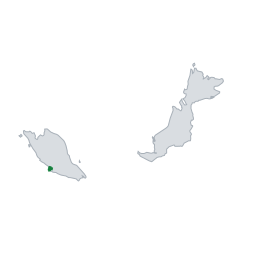 Klang, Selangor, Malaysia shown in context, rotated 341°
{"feature_id": "92858781B44508451464311", "entity_name": "Klang", "entity_type": "district", "adm_level": 2, "iso_a3": "MYS", "parent_name": "Malaysia", "parent_adm1": "Selangor", "projection": "robinson", "projection_center": [101.362, 3.039], "detail": "fine", "context": "in_parent", "style": "filled", "palette": "green", "viewbox_px": 256, "rotation_deg": 341, "n_neighbors": 0, "source": "geoboundaries", "source_scale": "gbopen_adm2", "svg_char_len": 5252}
<svg xmlns="http://www.w3.org/2000/svg" viewBox="0 0 256 256"><g transform="rotate(341 128 128)"><path d="M215.5,127.2L214.2,126.9L212.3,125.7L210.4,125.2L204.9,125.2L204.1,124.8L203.0,125.5L201.1,124.9L200.0,125.0L198.8,125.8L197.0,125.1L196.2,126.2L195.1,126.9L193.9,130.1L193.7,133.8L193.9,136.1L193.3,137.3L193.1,139.9L192.7,141.1L191.2,141.6L190.5,141.2L189.1,142.8L188.8,143.4L188.7,146.0L189.8,146.8L189.8,147.3L187.5,149.4L185.6,150.6L185.3,151.7L186.0,153.9L185.7,155.0L184.7,155.5L183.9,158.4L183.0,160.2L182.6,160.4L181.3,159.8L176.1,160.6L174.5,162.1L173.1,163.0L171.9,162.1L171.3,162.2L166.4,160.6L166.2,159.2L165.7,159.0L160.7,159.1L157.6,160.6L156.4,164.2L154.7,164.5L153.5,165.8L151.3,165.6L150.0,166.0L147.9,165.4L145.9,165.3L139.5,167.6L137.4,166.0L131.2,159.5L130.3,158.4L130.1,156.4L129.4,156.1L129.1,155.6L129.0,155.0L130.0,153.4L131.0,155.4L132.6,156.6L135.2,157.4L137.8,157.1L141.3,159.2L142.4,159.6L143.7,159.4L145.9,161.0L147.2,161.1L145.4,160.0L145.1,159.1L145.3,158.2L146.4,156.9L146.6,154.9L147.5,152.9L147.7,152.0L147.0,151.3L146.9,150.1L147.4,148.4L148.5,149.3L149.5,149.1L149.5,146.0L150.3,144.6L151.5,143.7L163.5,140.6L165.4,139.9L166.8,139.0L171.1,132.5L176.2,126.3L176.9,124.2L176.8,122.6L177.1,122.3L177.7,122.1L178.8,122.9L179.4,123.5L180.5,126.1L181.5,126.2L183.2,128.7L183.6,129.0L184.1,128.8L185.4,127.2L185.7,126.1L185.4,125.9L186.0,124.5L185.5,123.6L185.0,120.5L188.0,118.3L188.0,120.9L188.9,124.5L190.4,125.1L191.2,124.8L190.8,123.7L190.6,121.6L190.2,120.1L189.3,118.3L191.8,117.9L193.7,116.0L194.0,114.7L192.7,114.0L192.2,113.1L192.2,112.1L194.2,109.7L194.4,110.4L195.7,110.6L196.3,110.6L197.1,109.6L197.6,108.3L199.1,106.3L199.9,103.3L203.7,98.5L206.6,92.8L207.3,93.3L207.5,94.8L206.8,97.5L208.2,96.9L210.4,93.1L211.8,93.7L211.7,94.7L212.2,96.6L216.1,99.1L216.6,101.6L215.8,102.5L216.1,104.9L215.8,105.6L214.6,106.3L218.0,105.6L219.9,104.2L221.2,106.6L219.2,107.5L219.7,108.5L221.5,107.9L222.6,107.1L223.7,107.3L225.5,108.2L226.0,108.7L226.4,109.9L227.6,110.3L230.3,111.9L232.7,111.8L233.5,112.6L233.5,114.7L232.2,115.9L227.3,117.5L226.0,117.5L224.1,116.9L222.8,117.2L222.0,119.2L223.5,121.1L226.1,123.2L226.5,123.7L226.0,124.7L220.2,126.2L218.9,126.1L216.8,125.1L215.5,127.2ZM27.6,99.5L28.2,96.7L29.1,96.6L30.0,98.2L33.1,99.4L34.0,99.0L34.4,99.3L34.8,99.7L35.7,101.9L37.6,101.9L37.9,105.4L37.0,106.8L36.9,107.7L38.3,109.3L39.1,108.9L39.8,107.5L43.0,106.0L44.4,107.6L45.6,107.6L46.5,107.0L47.1,105.2L48.4,103.7L48.9,101.9L50.8,102.4L51.5,102.8L53.6,106.6L56.3,109.2L58.4,110.7L59.6,112.1L63.1,118.9L63.5,121.1L63.6,124.5L63.1,129.6L62.5,132.1L62.6,133.3L63.5,135.2L63.2,136.9L63.3,142.3L64.4,144.3L67.3,146.6L71.7,157.1L72.5,160.0L72.1,161.2L71.3,161.5L70.6,160.9L70.2,159.4L69.2,158.3L69.3,160.4L67.4,160.1L66.1,160.4L64.5,161.8L63.8,161.9L62.4,159.2L57.5,156.2L55.7,155.5L53.7,153.2L49.4,150.7L46.6,148.2L45.5,146.7L42.7,145.4L41.4,143.8L40.2,142.9L40.9,141.4L40.3,138.4L38.3,135.7L37.3,133.9L35.5,132.0L34.0,129.7L34.9,129.0L33.4,126.5L32.9,124.7L32.9,121.3L31.4,116.6L30.1,109.9L30.3,107.6L30.0,105.1L27.6,99.5ZM210.6,90.6L209.9,91.3L209.7,89.5L210.6,88.6L211.9,88.4L211.9,90.0L211.6,90.4L210.6,90.6ZM24.7,99.2L25.4,100.5L24.9,101.3L24.4,101.1L23.5,101.7L22.6,100.4L22.5,99.8L23.6,99.9L24.7,99.2ZM149.0,148.6L148.6,148.8L148.1,148.4L148.0,144.7L148.3,144.3L148.8,145.1L149.0,148.6ZM29.9,112.1L29.1,113.8L28.4,113.7L28.5,111.6L28.9,111.4L29.9,112.1ZM218.8,127.0L217.3,127.3L216.3,127.2L216.4,126.3L216.9,126.1L218.8,127.0ZM71.7,144.8L70.9,144.8L70.8,144.3L71.4,143.1L71.7,144.8ZM40.5,141.6L39.9,141.9L40.0,141.1L40.4,140.7L40.5,141.6Z" fill="#d9dde1" stroke="#a8b0b8" stroke-width="1"/><path d="M40.4,139.5L40.4,139.9L40.4,140.0L40.5,140.1L40.7,140.3L40.8,140.4L40.9,140.5L40.9,140.8L40.9,141.0L40.9,141.3L41.0,141.5L41.3,141.5L41.2,141.8L41.0,142.0L41.0,142.3L40.9,142.4L40.9,142.5L41.0,142.5L41.2,142.4L41.3,142.2L41.4,141.9L41.5,141.9L41.8,141.9L41.8,142.0L41.7,142.0L41.8,142.1L42.7,142.1L43.0,141.9L43.0,142.0L43.1,141.9L43.1,141.7L43.0,141.4L42.9,141.3L43.0,141.3L43.0,141.2L43.0,141.3L43.1,141.2L42.9,141.1L42.7,141.0L42.4,141.0L42.4,140.9L42.4,141.0L42.3,140.9L42.3,140.7L42.2,140.8L42.2,140.7L42.1,140.4L41.8,140.4L41.8,140.1L42.0,140.0L41.9,139.9L42.0,139.8L42.0,139.7L41.6,139.2L41.4,139.1L41.0,139.2L41.0,139.4L40.8,139.4L40.8,139.5L40.6,139.5L40.5,139.4L40.4,139.5ZM40.0,142.4L40.2,142.2L40.3,142.0L40.3,141.9L40.3,141.7L40.5,141.6L40.7,141.4L40.7,141.2L40.7,140.9L40.7,140.7L40.4,140.7L40.3,140.8L40.3,141.0L40.2,141.0L40.1,141.3L40.1,141.5L39.9,141.7L39.9,141.8L39.9,142.0L39.9,142.5L40.0,142.5L40.0,142.4ZM40.9,141.6L40.7,141.7L40.6,141.8L40.4,141.9L40.3,142.1L40.1,142.7L40.0,142.8L40.3,142.8L40.3,142.7L40.5,142.6L40.7,142.8L40.8,142.7L40.7,142.6L40.7,142.4L40.8,142.4L40.9,142.2L41.0,142.0L41.0,141.9L41.1,141.7L41.3,141.6L41.2,141.6L40.9,141.6ZM39.4,141.4L39.6,141.4L39.8,141.3L39.9,141.2L40.0,141.1L40.0,140.9L39.9,140.8L39.7,140.8L39.6,141.0L39.4,141.1L39.4,141.3L39.4,141.4ZM40.0,141.3L40.0,141.2L39.9,141.3L39.7,141.3L39.4,141.5L39.3,141.8L39.2,141.9L39.2,142.0L39.3,142.1L39.5,141.8L39.6,141.7L39.8,141.6L39.9,141.4L40.0,141.3ZM39.8,142.6L39.8,142.3L39.8,142.1L39.8,141.9L39.7,142.0L39.5,142.3L39.6,142.5L39.8,142.6Z" fill="#22c55e" stroke="#15803d" stroke-width="1.5"/></g></svg>